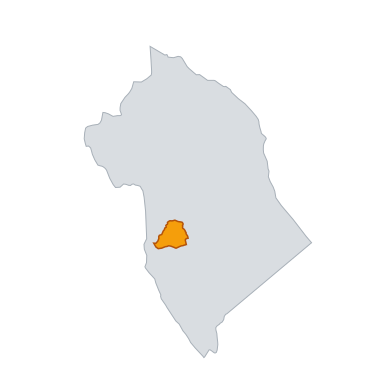 where Kibale sits in Uganda, rotated 320°
{"feature_id": "UGA-3108", "entity_name": "Kibale", "entity_type": "District", "adm_level": 1, "iso_a3": "UGA", "parent_name": "Uganda", "parent_adm1": "", "projection": "equal_earth", "projection_center": [31.133, 0.921], "detail": "fine", "context": "in_parent", "style": "filled", "palette": "amber", "viewbox_px": 384, "rotation_deg": 320, "n_neighbors": 0, "source": "natural_earth", "source_scale": "10m", "svg_char_len": 3077}
<svg xmlns="http://www.w3.org/2000/svg" viewBox="0 0 384 384"><g transform="rotate(320 192 192)"><path d="M251.0,307.7L247.1,307.7L240.7,307.7L234.2,307.7L227.8,307.7L221.4,307.7L215.0,307.7L208.5,307.7L202.1,307.7L195.7,307.7L189.3,307.7L182.8,307.7L176.4,307.7L170.0,307.7L163.6,307.7L157.1,307.7L150.7,307.7L144.3,307.7L140.5,307.7L139.7,307.5L139.2,307.3L136.8,308.0L134.3,310.1L131.6,311.0L128.8,310.6L128.4,310.9L127.0,310.8L124.9,310.7L123.0,311.2L121.6,313.1L120.1,316.3L117.5,320.0L115.4,323.2L113.7,325.5L109.6,329.3L107.5,330.5L106.4,330.3L105.7,329.6L104.5,324.7L103.7,323.9L95.9,326.4L94.7,326.5L94.8,325.0L94.2,313.5L94.2,306.5L95.2,302.1L95.8,297.0L95.8,292.6L97.3,285.0L96.7,280.4L98.6,264.4L99.1,261.8L99.8,254.1L100.9,251.7L102.0,250.8L103.3,246.1L105.8,238.5L107.6,234.6L107.2,226.1L107.5,220.3L107.9,219.0L111.7,216.9L116.6,211.5L118.7,205.2L121.6,201.2L127.3,198.6L144.0,177.0L151.9,165.3L155.2,159.4L155.4,157.2L156.0,154.4L154.7,152.2L153.0,150.2L152.5,148.4L151.1,147.5L149.1,147.5L147.8,146.2L146.3,143.6L144.7,141.9L140.0,142.1L136.3,139.4L136.4,135.7L137.8,128.6L140.6,120.3L140.7,118.1L140.3,116.1L139.7,114.5L138.4,112.8L137.2,110.9L138.2,104.9L139.9,99.1L141.3,96.2L142.7,93.0L142.3,90.3L140.3,89.0L141.4,86.4L143.6,82.0L147.9,77.6L151.6,74.7L154.1,74.7L159.0,77.0L163.5,79.8L165.9,79.9L168.8,78.8L174.9,73.8L176.4,75.4L178.2,78.4L180.1,83.3L184.0,85.6L185.8,87.1L187.1,87.6L187.9,87.2L189.3,83.3L191.1,81.2L194.3,78.5L201.5,76.4L206.7,75.8L208.8,75.3L212.5,74.0L218.2,70.1L223.9,75.2L230.0,76.2L236.0,76.2L237.8,74.6L238.8,73.4L245.1,65.0L253.5,53.5L259.2,69.6L261.1,70.6L260.8,72.0L260.4,73.3L264.1,77.2L268.6,79.2L270.2,81.2L270.4,83.4L268.9,92.8L269.1,95.5L270.6,104.9L273.3,107.0L275.7,116.5L280.6,120.6L281.3,121.7L282.4,126.3L283.9,131.4L285.1,132.6L285.8,132.8L287.2,138.2L286.4,141.2L287.5,150.3L289.3,158.5L289.8,168.3L289.8,172.6L289.8,175.2L289.4,178.9L288.5,181.0L287.0,183.1L285.3,186.4L283.8,189.9L282.8,191.7L283.6,196.9L283.4,198.3L283.0,199.0L280.8,199.8L278.0,201.2L276.3,202.6L273.9,205.3L271.9,208.2L269.4,216.7L265.1,223.3L264.4,225.5L260.3,229.4L258.6,234.3L257.4,240.3L255.9,244.6L252.5,250.4L251.7,259.7L251.8,278.3L250.9,299.4L251.0,307.7Z" fill="#d9dde1" stroke="#a8b0b8" stroke-width="1"/><path d="M161.9,217.0L161.4,218.2L161.5,219.1L161.0,219.6L160.6,220.4L160.3,223.0L159.3,224.9L157.6,224.0L156.0,224.4L153.9,228.6L153.3,228.1L152.6,228.2L151.8,227.6L150.8,227.4L149.2,226.4L147.4,225.8L145.8,225.4L143.9,224.9L143.2,224.2L142.8,223.1L141.0,219.9L139.6,218.2L137.9,217.7L136.3,216.7L132.8,215.6L129.7,213.7L129.0,210.9L129.6,207.8L129.8,206.6L131.4,208.1L134.4,207.6L136.8,206.2L137.8,204.8L139.1,204.2L141.5,205.1L144.9,203.4L146.6,203.1L148.0,202.1L148.7,202.3L149.6,202.4L150.5,200.8L151.4,200.7L152.4,200.9L153.1,200.4L153.7,199.5L155.1,199.5L156.6,199.8L157.7,200.9L158.8,201.7L159.8,202.1L160.8,202.6L162.3,205.6L164.3,207.9L165.0,208.9L164.9,210.2L164.5,210.9L163.9,211.3L163.3,211.4L163.0,212.1L162.1,212.9L161.6,213.8L162.0,215.4L161.9,217.0Z" fill="#f59e0b" stroke="#b45309" stroke-width="1.5"/></g></svg>